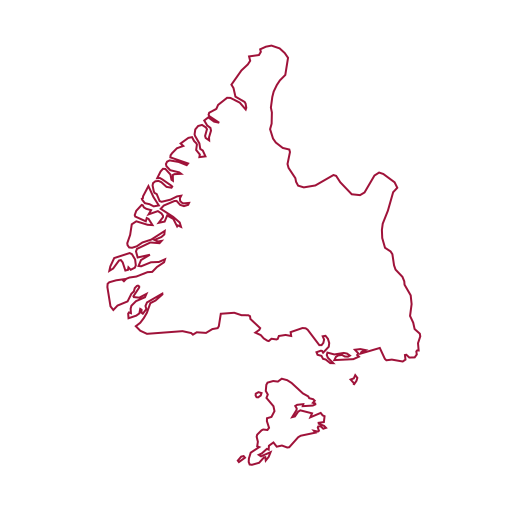 map outline of Southland (Robinson projection), rotated 352°
{"feature_id": "NZL-3408", "entity_name": "Southland", "entity_type": "Regional Council", "adm_level": 1, "iso_a3": "NZL", "parent_name": "New Zealand", "parent_adm1": "", "projection": "robinson", "projection_center": [167.625, -45.772], "detail": "fine", "context": "isolated", "style": "outline", "palette": "rose", "viewbox_px": 512, "rotation_deg": 352, "n_neighbors": 0, "source": "natural_earth", "source_scale": "10m", "svg_char_len": 6151}
<svg xmlns="http://www.w3.org/2000/svg" viewBox="0 0 512 512"><g transform="rotate(352 256 256)"><path d="M403.9,372.2L402.5,371.9L401.5,372.8L401.5,375.9L399.0,378.5L393.7,377.9L391.1,374.7L389.7,374.8L389.6,379.4L386.6,380.9L376.1,377.5L370.6,377.4L369.3,375.8L365.8,364.3L346.1,367.2L347.0,365.8L351.3,364.4L346.4,362.7L340.9,362.6L343.8,366.7L342.4,368.1L343.9,370.0L338.0,371.7L319.1,370.0L321.1,367.0L323.6,365.9L327.5,366.0L330.0,367.9L333.1,368.5L335.1,367.7L332.6,365.3L329.4,364.2L319.9,364.4L313.3,361.6L312.3,363.9L313.0,366.7L317.6,372.9L314.6,372.4L310.6,368.2L308.1,367.2L306.9,364.0L303.2,362.4L302.5,359.7L307.1,358.8L308.2,359.2L309.0,361.1L315.4,356.0L316.4,352.4L315.7,348.0L313.7,344.7L310.9,344.8L311.8,348.2L310.6,351.4L308.5,353.4L306.3,353.1L296.9,336.2L295.1,334.5L292.0,333.8L279.7,336.2L279.7,340.1L274.3,338.3L267.5,338.4L266.0,341.1L264.7,341.5L259.8,340.1L256.8,342.0L255.5,341.5L252.2,338.7L249.7,335.0L244.7,331.8L249.0,329.6L250.1,328.0L241.7,317.6L241.7,314.8L240.1,313.6L233.4,312.6L226.6,309.2L213.1,308.3L209.4,320.4L208.0,322.1L202.6,322.3L195.8,325.2L186.7,323.3L182.6,325.1L181.1,323.3L172.8,320.2L137.2,317.9L131.0,313.9L127.2,308.8L132.1,306.0L136.3,301.8L140.0,297.1L144.8,288.0L150.3,286.1L158.0,281.0L158.0,280.2L141.6,286.8L139.6,290.1L140.0,293.3L135.9,297.4L134.7,296.2L135.2,293.3L134.0,292.3L132.5,296.6L129.1,298.4L121.1,299.9L121.4,295.3L122.4,294.2L124.2,295.2L124.5,290.8L125.7,287.9L130.9,284.0L140.3,281.4L142.2,278.3L134.6,281.0L129.3,279.7L129.0,278.8L135.9,271.0L136.1,269.9L135.0,268.9L133.8,269.1L131.5,270.9L130.1,274.1L127.4,276.0L122.5,283.1L112.0,285.8L107.2,289.6L104.9,285.6L104.5,266.1L105.2,262.9L107.0,261.6L114.1,260.6L121.7,260.6L120.9,261.6L121.7,262.6L124.4,260.5L127.7,259.7L134.6,259.7L146.3,256.9L151.0,257.3L156.4,253.1L164.1,249.4L165.4,246.6L159.0,248.4L151.1,247.6L140.8,250.2L138.3,249.5L141.6,244.0L151.1,240.0L138.6,241.0L137.8,234.7L139.1,232.4L153.3,227.9L162.2,229.9L164.6,227.9L160.9,228.0L157.8,226.0L165.0,224.0L168.2,221.9L169.1,218.5L154.5,225.2L145.4,226.8L139.3,229.8L134.4,230.6L131.6,229.9L130.3,227.4L130.3,225.4L134.3,217.6L137.4,207.3L142.3,205.0L153.0,210.0L157.8,211.0L154.8,204.4L153.1,203.2L151.7,206.3L141.9,200.1L141.6,198.6L143.7,194.6L149.9,189.5L150.9,190.0L151.8,192.3L153.9,194.0L158.5,196.0L155.5,199.8L165.1,197.9L168.3,200.7L169.5,203.2L169.3,204.6L164.3,209.6L170.3,209.2L173.7,203.5L179.3,207.8L182.0,215.7L182.8,214.8L185.8,216.7L185.1,212.2L179.4,205.7L168.2,196.0L171.7,193.2L182.9,190.2L185.0,190.4L188.0,194.8L191.6,196.6L195.9,195.9L197.1,194.1L191.4,193.8L189.9,192.8L188.5,190.8L188.7,188.2L190.3,185.9L186.1,186.0L179.1,188.3L170.1,189.2L168.2,188.2L166.3,180.9L164.3,179.4L163.8,177.9L163.4,171.8L164.2,169.5L166.7,168.0L170.0,168.1L172.6,169.8L177.0,175.1L181.8,176.6L182.7,175.6L182.1,174.7L174.0,167.2L171.7,165.4L169.0,165.2L173.3,159.0L176.0,156.7L178.4,157.2L182.6,163.4L182.9,168.7L184.2,169.9L184.9,164.2L186.6,163.6L193.3,164.2L191.6,162.5L183.0,159.1L179.8,154.6L179.6,152.4L181.1,150.2L183.8,149.3L192.5,152.1L200.0,156.4L201.6,154.9L184.9,146.4L185.4,144.4L187.2,142.5L192.7,138.3L199.3,136.9L197.0,134.1L205.5,129.6L209.2,129.4L210.7,133.6L212.6,136.1L213.0,137.4L211.5,142.7L214.5,147.7L213.7,150.2L219.8,150.3L218.0,144.2L215.7,142.2L215.6,136.6L212.4,128.7L212.1,127.0L213.5,122.2L216.8,119.2L220.8,118.7L224.3,121.7L225.1,123.6L222.3,130.0L222.6,132.1L225.7,135.0L226.0,131.9L228.9,125.6L228.7,122.8L225.8,119.9L223.6,114.6L228.0,112.1L233.2,117.1L238.1,118.9L229.2,111.0L228.7,109.5L229.6,107.6L237.2,104.8L239.5,101.1L249.4,95.3L252.7,95.9L261.3,101.9L266.2,109.5L267.0,107.9L266.9,103.7L266.2,101.9L257.8,95.3L257.1,86.6L255.5,82.9L267.4,70.2L274.6,65.1L277.4,61.9L276.9,57.4L286.9,57.4L289.2,54.5L288.9,51.9L295.0,50.1L300.6,49.8L308.3,53.7L312.7,59.0L315.3,64.2L310.2,80.8L304.1,85.4L300.4,89.6L296.4,95.6L294.3,100.7L291.4,111.1L291.7,116.1L289.9,127.1L287.6,132.4L289.2,142.1L291.4,146.4L297.5,152.7L303.8,155.2L304.1,157.8L300.0,169.3L300.5,173.3L305.8,184.4L306.0,188.1L307.5,192.2L312.9,194.7L324.6,194.4L344.0,186.6L346.5,187.8L349.7,194.7L359.4,208.2L367.5,210.2L372.3,208.2L384.5,192.8L389.5,190.5L393.5,192.5L403.5,202.3L405.4,208.1L400.7,211.9L392.9,229.5L386.0,241.6L384.3,247.7L383.5,255.8L384.9,265.8L389.9,270.2L391.3,273.2L391.4,284.5L392.3,288.9L398.1,297.0L399.3,301.7L399.1,305.1L403.7,316.5L403.4,325.3L400.2,336.8L402.4,343.9L402.9,350.4L407.4,355.7L407.5,358.4L404.3,364.9L403.9,372.2ZM294.8,430.8L299.8,433.7L301.4,435.9L298.6,436.4L296.3,433.6L293.9,433.5L293.3,434.5L294.0,437.8L292.8,438.5L289.0,437.1L290.3,439.2L275.3,440.2L272.6,441.3L262.3,450.0L260.3,450.0L255.3,447.3L250.0,447.7L247.3,443.1L242.4,445.7L241.6,449.5L239.9,448.5L234.3,452.3L231.1,453.3L233.1,455.1L243.1,452.3L240.6,456.7L237.2,459.9L237.2,456.5L235.8,456.6L230.3,461.2L222.9,462.2L220.7,461.6L220.1,458.9L220.8,455.5L223.4,450.0L232.6,445.7L230.7,444.6L232.0,440.2L231.5,435.1L232.3,433.1L237.2,429.4L239.0,428.8L243.1,429.9L245.0,428.0L243.8,421.1L244.3,418.2L248.9,417.5L252.7,412.2L252.4,407.2L246.6,398.0L248.4,394.8L246.9,391.0L248.3,385.0L249.8,383.0L255.6,382.2L260.2,383.4L264.4,381.1L269.6,383.3L273.6,386.7L283.3,398.6L288.2,402.3L288.9,404.2L292.7,405.8L294.0,407.5L291.9,409.3L294.1,410.3L294.1,411.2L291.4,412.0L281.4,411.2L282.2,409.3L276.0,409.1L274.0,410.0L275.1,412.6L274.7,414.2L269.4,420.6L272.2,420.3L276.0,416.1L278.4,415.0L289.6,419.6L287.4,423.3L298.2,420.4L299.8,423.1L301.6,424.2L300.1,429.9L294.8,429.9L294.8,430.8ZM131.3,235.5L133.4,236.9L135.8,242.6L135.7,248.5L134.4,250.7L130.0,252.2L128.1,249.5L127.3,251.9L124.6,252.2L123.1,243.8L121.6,241.2L119.7,241.4L112.8,248.5L108.7,250.3L110.3,246.0L115.3,238.3L131.3,235.5ZM159.2,171.8L162.6,183.2L166.8,192.4L161.6,192.6L157.8,189.9L153.3,188.2L151.2,184.6L150.9,183.5L152.0,183.0L152.5,181.1L159.2,171.8ZM337.7,387.8L339.4,390.8L338.1,393.6L334.8,397.2L335.3,395.7L332.5,391.5L335.8,390.8L337.7,387.8ZM241.3,394.8L238.4,396.3L236.9,395.9L236.2,394.1L236.6,392.3L239.5,391.2L242.4,392.5L241.3,394.8ZM209.5,456.1L213.4,452.6L215.9,452.4L217.0,454.2L210.4,457.7L209.5,456.1Z" fill="none" stroke="#9f1239" stroke-width="2"/></g></svg>